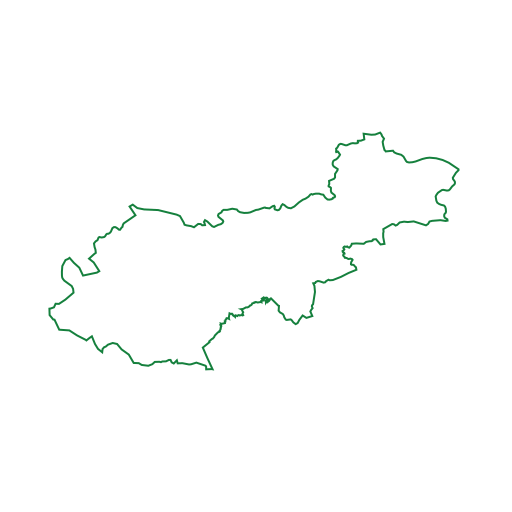 outline of Antananarivo Avaradrano, Analamanga, Madagascar, rotated 262°
{"feature_id": "10022922B99940912082943", "entity_name": "Antananarivo Avaradrano", "entity_type": "district", "adm_level": 2, "iso_a3": "MDG", "parent_name": "Madagascar", "parent_adm1": "Analamanga", "projection": "mercator", "projection_center": [47.627, -18.918], "detail": "fine", "context": "isolated", "style": "outline", "palette": "green", "viewbox_px": 512, "rotation_deg": 262, "n_neighbors": 0, "source": "geoboundaries", "source_scale": "gbopen_adm2", "svg_char_len": 6118}
<svg xmlns="http://www.w3.org/2000/svg" viewBox="0 0 512 512"><g transform="rotate(262 256 256)"><path d="M183.0,285.8L183.8,287.9L186.8,290.1L190.6,293.9L187.7,297.3L188.7,303.4L193.5,302.1L195.0,303.2L196.5,304.8L198.2,304.3L199.3,304.6L200.3,305.8L212.2,309.4L218.3,309.7L221.0,308.9L221.0,310.9L222.0,311.6L222.6,313.8L222.1,315.5L220.2,319.3L220.4,321.0L221.3,321.8L222.4,324.5L221.7,325.6L221.5,328.8L223.5,337.2L226.3,345.3L228.4,353.5L230.9,353.4L231.9,352.5L233.2,351.8L233.9,350.7L233.9,349.7L234.5,348.9L235.5,349.0L236.8,349.5L238.7,351.1L239.5,350.7L240.3,349.1L240.1,347.4L240.6,346.4L241.4,345.5L241.9,343.7L243.0,343.5L243.5,342.8L244.6,342.4L245.7,342.9L246.0,344.0L246.9,343.8L247.9,342.5L248.9,342.4L249.5,343.7L250.3,344.4L251.9,343.6L252.7,344.2L253.1,345.1L252.5,346.5L252.8,347.6L251.7,348.6L251.3,349.6L253.1,351.7L254.8,352.6L254.5,357.0L253.1,364.4L254.6,367.0L254.8,370.2L254.6,372.6L255.1,373.7L255.6,373.7L256.1,374.4L255.9,377.2L250.1,380.9L250.1,384.9L257.0,384.6L260.8,385.1L262.3,385.7L264.9,385.8L268.7,395.3L268.2,397.0L266.7,398.5L267.2,400.2L269.2,402.9L269.4,407.4L268.5,411.0L268.3,417.0L262.7,428.6L263.8,430.9L266.0,432.6L266.3,435.3L265.8,443.7L264.3,448.7L264.4,450.6L265.7,450.6L267.6,448.3L269.0,447.9L270.5,448.1L271.5,448.7L272.4,449.9L273.4,450.3L276.4,450.5L278.6,450.1L279.9,449.1L280.9,446.5L282.0,444.6L283.6,442.9L285.7,442.3L290.0,442.2L291.6,443.3L293.3,445.0L295.4,449.2L295.5,450.5L294.2,454.2L294.2,456.0L294.9,457.2L297.6,459.9L299.3,462.5L300.3,463.1L301.6,463.3L302.6,463.0L304.8,461.8L306.1,461.8L310.6,465.6L312.8,468.5L313.7,468.6L321.5,459.9L325.1,454.2L327.7,448.0L329.2,441.6L329.3,438.3L328.9,434.2L327.4,427.2L327.1,424.0L327.3,420.6L328.1,418.6L329.2,417.8L333.9,415.9L336.0,413.9L337.9,409.5L339.4,407.3L341.2,406.3L341.5,399.0L342.3,398.7L343.0,398.0L347.6,397.4L351.4,397.3L354.4,399.1L357.3,397.5L358.9,397.2L360.9,396.1L359.7,390.9L360.0,387.2L362.1,379.6L356.4,379.5L355.6,375.9L355.9,372.9L355.1,372.7L354.1,372.9L353.6,371.6L353.8,369.5L354.3,367.6L354.2,365.6L353.0,361.3L353.2,360.0L355.0,356.4L355.3,355.2L354.6,353.5L351.9,351.5L351.2,350.3L349.6,350.2L348.0,349.8L347.7,349.9L347.8,350.6L348.3,351.0L348.0,351.7L344.7,353.3L343.9,352.8L341.6,350.5L340.5,348.8L340.0,347.0L339.4,345.9L338.1,345.1L336.5,344.7L335.6,344.7L333.9,345.4L330.7,349.0L329.5,348.6L326.3,345.7L322.8,345.2L321.6,344.0L320.2,338.8L317.1,338.6L315.6,337.7L314.8,337.6L313.7,339.2L313.0,339.7L310.1,339.2L308.3,339.5L305.8,341.9L305.0,342.5L304.0,342.6L303.2,342.1L303.0,340.5L302.6,340.0L302.2,340.0L301.7,338.7L301.6,336.4L302.0,334.7L304.2,332.7L307.3,331.2L308.0,329.0L308.9,327.3L309.4,323.9L309.3,321.7L308.9,320.7L309.6,319.6L309.3,318.4L307.4,316.2L305.9,313.0L305.2,310.2L303.1,306.0L299.7,300.9L298.4,297.2L299.2,294.6L300.4,293.0L302.5,291.2L303.6,289.6L302.4,288.2L299.7,286.6L298.4,285.0L298.3,283.6L299.6,281.1L300.9,280.9L302.0,281.5L303.2,281.0L303.0,279.4L301.3,276.0L302.3,272.2L302.7,271.8L302.8,270.9L301.6,264.7L301.6,262.4L300.0,256.3L299.9,253.9L300.3,250.2L301.6,246.3L302.9,244.6L304.7,243.5L306.1,239.1L305.7,234.1L306.2,230.3L305.4,228.8L304.0,227.8L302.8,224.8L301.4,224.0L300.0,224.3L295.8,228.2L294.7,228.4L293.4,227.5L292.4,225.6L292.1,223.0L290.6,218.5L291.5,216.8L296.9,212.6L298.6,210.5L296.9,209.2L295.8,209.6L293.7,209.8L293.9,207.0L295.3,205.7L295.8,203.2L293.1,198.6L294.6,195.9L296.0,191.5L296.9,189.6L299.1,189.1L306.1,186.3L308.0,183.2L315.1,165.5L317.7,151.7L320.0,145.1L324.0,141.1L322.6,137.7L313.1,142.3L306.7,129.5L305.3,128.5L303.4,127.8L302.9,126.9L300.9,125.0L301.1,124.0L302.7,122.6L304.1,120.9L304.4,119.4L303.6,117.7L300.3,115.7L299.2,114.4L298.6,113.1L298.7,111.6L298.3,110.8L296.5,109.3L295.9,108.2L295.8,105.7L296.6,103.5L296.1,102.6L293.7,101.2L292.8,99.2L291.0,97.3L287.3,97.4L284.6,97.9L281.4,97.8L280.5,96.1L276.6,90.3L272.2,94.4L262.8,98.7L261.7,96.2L260.7,82.0L269.0,79.4L274.6,74.7L280.1,71.1L279.2,69.4L278.5,66.8L273.0,62.8L267.5,61.6L263.5,61.1L261.8,61.1L260.6,61.4L258.3,62.7L251.9,69.3L248.9,70.3L245.1,70.2L239.3,61.1L236.0,54.2L236.6,50.9L233.3,48.8L232.6,45.4L232.6,44.1L226.2,43.4L221.3,46.4L221.0,47.6L210.4,50.9L208.3,60.8L202.3,67.7L196.6,75.8L196.0,76.3L198.0,79.7L199.3,82.3L191.3,84.3L186.0,86.6L182.1,90.3L185.2,91.1L186.8,92.9L187.2,94.6L188.8,97.1L189.8,102.0L188.2,106.2L182.2,109.9L176.1,116.3L167.1,120.0L166.2,125.0L164.0,127.7L162.3,134.1L163.3,138.3L165.2,141.0L164.7,145.6L164.1,147.1L164.6,148.5L164.2,152.2L165.2,155.3L165.0,156.9L162.4,157.7L161.0,159.6L163.7,163.1L160.6,163.5L160.1,168.2L157.9,174.6L157.8,176.6L158.7,182.1L154.5,190.5L154.0,191.0L153.3,191.2L150.7,190.9L150.2,196.3L149.9,197.2L161.8,193.6L172.7,190.6L177.1,197.9L177.6,197.7L178.0,197.8L179.9,200.7L180.2,201.7L181.6,203.3L183.0,204.2L185.7,207.7L186.0,209.1L186.3,209.1L186.5,209.6L186.9,209.4L188.1,210.6L189.0,211.0L189.5,210.8L190.3,211.4L191.2,211.4L191.5,211.9L192.0,211.8L192.1,211.3L192.8,211.1L193.2,211.8L194.0,211.7L193.6,212.5L193.9,215.9L195.6,216.0L195.5,216.6L197.2,217.0L197.7,217.8L198.5,218.2L198.3,219.3L197.5,220.5L198.3,220.4L202.9,221.8L202.2,222.8L202.2,224.2L201.5,224.7L201.3,224.5L200.1,225.2L199.5,225.9L199.7,226.3L198.6,226.9L200.0,227.6L199.4,228.8L199.6,228.8L199.5,229.2L199.9,230.8L199.4,231.3L199.5,233.8L199.0,234.5L199.1,234.8L199.2,235.1L200.9,234.6L202.1,235.5L203.9,234.7L204.8,234.8L205.4,233.9L205.4,235.9L206.5,238.9L206.3,240.3L206.6,241.5L207.2,242.6L207.7,242.9L207.9,244.0L208.4,244.9L209.6,245.7L209.9,248.0L210.3,248.0L210.5,249.4L209.7,251.2L209.8,254.3L209.4,255.0L210.8,255.0L210.9,257.1L211.3,257.4L211.8,257.4L212.3,256.1L212.9,255.8L213.9,257.8L212.3,258.4L212.5,258.9L213.3,259.5L213.3,260.7L213.1,261.1L212.1,261.7L211.4,260.8L210.3,260.8L210.4,259.4L210.2,259.1L209.9,259.2L209.9,259.5L208.8,259.4L209.3,259.8L208.6,260.4L208.5,260.9L209.5,261.9L211.0,262.3L210.9,262.7L210.1,263.1L210.5,263.5L211.6,264.0L212.0,264.9L211.5,265.3L203.7,271.2L203.4,271.8L198.7,270.8L196.8,271.9L194.9,274.4L193.3,275.2L191.3,275.5L188.9,276.6L188.4,277.5L188.4,281.5L187.5,282.4L185.1,283.7L183.0,285.8Z" fill="none" stroke="#15803d" stroke-width="2"/></g></svg>